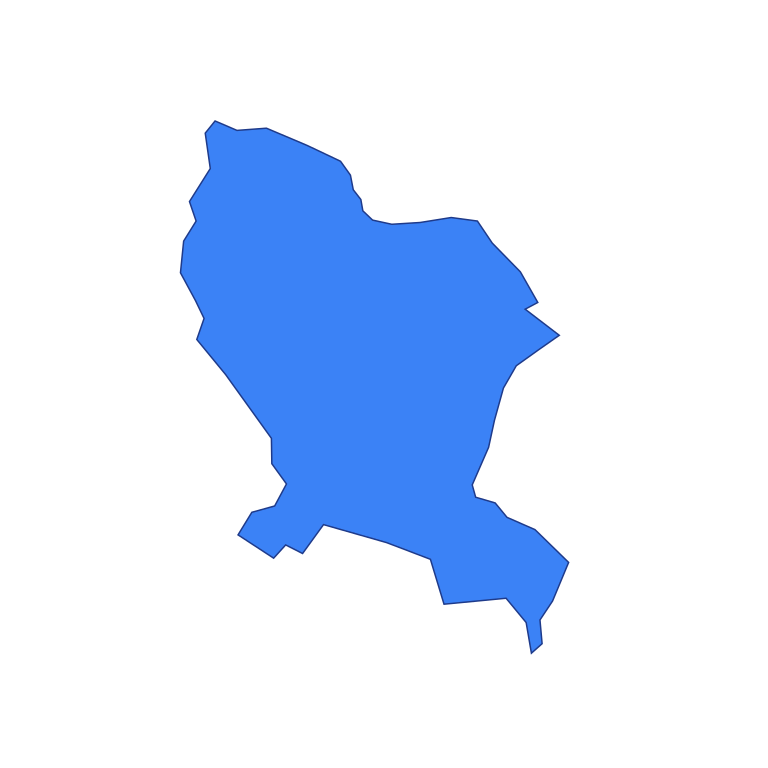 the district of Kasbi, Kashkadarya, Uzbekistan, rotated 344°
{"feature_id": "79887680B94594709209403", "entity_name": "Kasbi", "entity_type": "district", "adm_level": 2, "iso_a3": "UZB", "parent_name": "Uzbekistan", "parent_adm1": "Kashkadarya", "projection": "natural_earth1", "projection_center": [65.462, 38.853], "detail": "fine", "context": "isolated", "style": "filled", "palette": "blue", "viewbox_px": 768, "rotation_deg": 344, "n_neighbors": 0, "source": "geoboundaries", "source_scale": "gbopen_adm2", "svg_char_len": 888}
<svg xmlns="http://www.w3.org/2000/svg" viewBox="0 0 768 768"><g transform="rotate(344 384 384)"><path d="M376.0,133.6L341.5,105.7L312.6,99.7L294.1,84.6L281.3,93.6L276.4,129.0L247.3,155.0L248.3,175.6L230.8,191.4L219.0,221.0L225.8,252.0L229.1,271.4L216.3,289.6L234.4,331.4L260.8,405.2L254.2,429.7L262.7,453.2L245.3,471.1L221.6,470.9L202.1,488.8L229.9,521.0L245.1,511.6L259.0,524.5L287.1,502.5L342.8,537.2L380.3,565.3L381.0,612.2L442.3,623.6L454.9,652.5L451.5,683.4L464.4,677.2L468.9,653.8L486.2,639.1L512.3,606.4L489.0,565.6L465.5,546.1L458.1,529.0L440.9,518.1L441.0,505.3L467.1,473.7L480.2,449.3L497.7,420.8L516.2,402.9L542.1,393.7L565.9,385.5L540.3,351.0L554.3,348.0L546.0,313.8L526.9,278.4L518.7,253.1L494.5,242.5L463.2,238.7L435.5,232.6L418.2,223.3L411.4,211.7L412.6,200.3L408.0,188.8L409.3,174.0L403.6,157.9L376.0,133.6Z" fill="#3b82f6" stroke="#1e3a8a" stroke-width="1.5"/></g></svg>